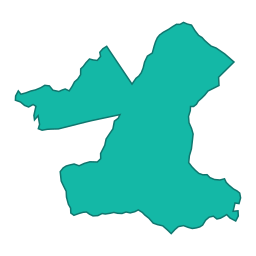 the district of Mucambo, Ceará, Brazil
{"feature_id": "56859067B98065273797307", "entity_name": "Mucambo", "entity_type": "district", "adm_level": 2, "iso_a3": "BRA", "parent_name": "Brazil", "parent_adm1": "Ceará", "projection": "equal_earth", "projection_center": [-40.762, -3.894], "detail": "fine", "context": "isolated", "style": "filled", "palette": "teal", "viewbox_px": 256, "rotation_deg": 0, "n_neighbors": 0, "source": "geoboundaries", "source_scale": "gbopen_adm2", "svg_char_len": 2187}
<svg xmlns="http://www.w3.org/2000/svg" viewBox="0 0 256 256"><path d="M224.7,53.9L216.1,48.0L211.1,46.1L207.9,43.4L204.5,40.3L202.1,37.6L198.6,35.4L194.9,30.6L191.5,25.1L187.2,24.0L183.5,22.4L180.0,24.4L176.5,24.3L172.5,26.7L168.7,29.3L163.4,32.2L159.7,34.9L157.4,37.7L155.6,41.6L154.1,46.3L152.3,53.0L147.4,56.1L144.6,62.0L143.1,68.2L141.3,72.7L138.8,76.1L136.0,78.3L132.0,84.1L109.6,50.8L106.7,46.3L102.9,48.7L99.8,52.3L100.6,56.4L97.3,60.4L93.3,60.0L89.5,59.0L86.0,62.7L83.3,66.4L80.7,68.9L80.6,74.7L77.8,79.0L74.5,81.9L72.2,86.3L69.2,90.9L65.2,89.0L62.2,90.0L58.9,91.5L52.9,90.2L49.4,85.9L44.8,85.3L40.8,87.7L35.5,89.9L30.8,91.0L25.8,92.9L20.9,94.2L18.3,90.9L15.6,96.0L15.4,100.2L20.5,102.0L24.5,105.4L28.6,107.0L33.1,104.5L35.9,106.3L33.9,115.4L34.5,119.9L38.1,115.7L39.6,124.4L38.3,128.7L42.1,130.2L47.3,129.3L50.8,129.1L58.4,128.9L85.0,122.2L91.7,120.6L120.0,114.6L118.2,118.3L114.4,121.1L112.9,128.9L109.7,133.6L106.1,139.0L104.8,145.2L102.9,149.0L100.6,153.5L100.7,158.7L97.3,162.0L89.9,161.8L84.3,163.4L79.1,165.8L74.1,164.0L69.7,165.0L66.2,166.0L63.2,167.9L60.2,171.7L61.2,181.0L63.4,185.7L66.2,191.3L66.5,197.2L68.4,204.3L70.6,208.1L70.8,213.0L73.9,215.3L78.9,213.5L83.1,212.3L86.5,212.0L89.5,214.2L93.0,215.9L97.9,215.6L102.1,213.5L105.3,214.0L109.9,213.3L113.8,212.4L117.7,213.3L122.0,213.5L126.0,212.0L130.2,212.9L134.8,211.7L138.3,209.9L142.3,212.4L144.8,215.0L148.9,218.2L153.2,223.1L157.4,224.6L162.7,225.8L167.4,229.9L171.2,233.6L174.9,229.6L178.4,226.6L183.5,225.6L188.3,227.4L192.3,228.5L196.3,227.9L199.8,226.9L202.6,225.1L205.6,220.2L209.2,217.1L213.4,216.2L216.9,219.0L220.4,218.2L223.9,216.3L226.7,214.6L230.0,218.0L235.7,221.0L238.3,216.0L238.0,210.8L233.1,211.3L235.0,203.0L239.0,203.6L240.6,197.9L239.7,193.1L237.0,190.9L233.5,189.0L228.7,185.0L226.2,182.4L224.5,178.8L219.9,180.0L214.4,179.5L209.9,177.6L207.1,174.7L202.8,174.8L198.8,173.4L195.3,170.3L191.8,166.7L188.7,162.6L189.4,155.7L191.4,149.0L192.3,141.3L193.1,134.0L191.6,128.7L189.0,122.7L188.5,116.4L190.3,110.6L190.5,106.5L193.6,106.5L196.4,104.3L198.3,101.1L201.8,98.0L204.8,95.0L208.0,91.0L219.0,85.5L218.6,77.2L234.0,62.0L224.7,53.9Z" fill="#14b8a6" stroke="#0f766e" stroke-width="1.5"/></svg>